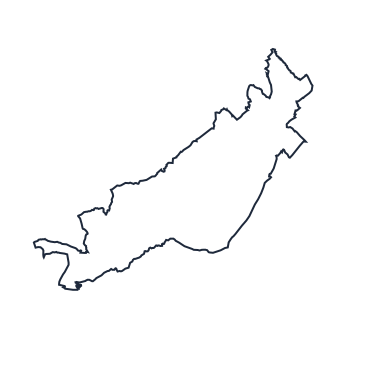 Valeni-Dambovita, Dâmbovita, Romania, rotated 53°
{"feature_id": "2599482B82900556797073", "entity_name": "Valeni-Dambovita", "entity_type": "district", "adm_level": 2, "iso_a3": "ROU", "parent_name": "Romania", "parent_adm1": "Dâmbovita", "projection": "mercator", "projection_center": [25.163, 45.163], "detail": "fine", "context": "isolated", "style": "outline", "palette": "slate", "viewbox_px": 384, "rotation_deg": 53, "n_neighbors": 0, "source": "geoboundaries", "source_scale": "gbopen_adm2", "svg_char_len": 6003}
<svg xmlns="http://www.w3.org/2000/svg" viewBox="0 0 384 384"><g transform="rotate(53 192 192)"><path d="M211.6,281.5L210.7,280.1L210.6,278.5L211.3,277.5L212.6,273.6L212.7,271.6L212.2,270.7L212.5,267.5L210.8,265.5L211.1,264.8L211.8,264.4L212.7,263.1L212.5,261.9L211.2,260.1L211.3,258.8L212.7,258.2L212.8,257.4L213.6,256.4L213.7,255.8L213.1,252.8L213.7,252.1L214.2,252.1L214.7,250.6L216.1,249.8L217.0,248.3L215.6,247.4L215.8,247.0L215.7,246.5L216.3,246.3L216.6,245.4L215.7,244.2L215.5,243.3L214.7,241.5L216.3,240.1L216.2,237.4L218.1,234.9L219.8,234.4L221.1,234.4L224.6,232.8L230.8,230.6L237.5,226.2L239.2,225.4L241.8,222.3L243.3,221.1L244.1,218.9L246.0,216.2L247.6,214.9L250.1,214.9L251.1,214.1L253.2,211.8L255.8,204.2L256.6,199.3L257.8,196.8L254.3,193.0L253.0,189.5L252.3,187.1L252.3,185.6L251.7,182.7L248.9,172.3L247.5,165.8L245.8,160.7L239.8,149.3L237.6,143.6L234.6,137.5L231.4,132.3L228.5,128.4L228.1,125.0L228.2,122.0L227.8,120.0L226.3,120.3L225.9,121.0L224.5,119.6L224.3,119.0L224.8,118.1L222.4,112.6L216.6,104.5L214.6,103.2L213.7,103.1L213.8,102.3L214.7,101.5L214.0,98.1L213.2,96.3L214.5,96.2L212.9,93.8L213.0,93.4L213.8,93.1L216.5,93.8L219.5,93.1L222.6,93.7L223.5,93.2L222.9,89.7L219.9,78.0L218.9,73.2L218.8,72.5L220.3,70.8L218.0,71.0L212.3,72.0L207.4,72.3L205.4,72.9L205.4,73.5L201.8,73.5L199.2,74.5L198.6,76.0L197.3,77.2L195.0,75.7L194.7,75.2L194.6,73.5L194.1,71.7L194.1,69.0L194.7,64.6L193.2,64.8L192.4,62.6L191.5,63.3L189.4,60.5L189.9,60.4L189.8,59.2L190.0,59.1L190.0,57.6L189.8,55.2L187.4,55.8L186.5,55.4L186.5,55.0L183.6,54.6L182.5,54.1L183.6,52.4L183.4,46.8L183.9,46.5L183.6,45.0L183.6,38.9L183.0,35.4L179.5,31.7L177.6,31.7L169.0,30.0L167.3,30.1L167.1,31.3L167.5,31.4L167.6,38.2L166.2,38.2L165.9,39.0L162.9,39.6L162.5,40.5L158.4,39.7L158.0,40.4L157.0,40.5L156.0,41.2L154.7,40.5L154.1,40.6L153.6,41.0L151.6,41.1L150.2,40.8L149.8,41.1L148.6,40.3L147.0,40.8L146.6,40.4L145.2,40.3L143.4,41.0L142.9,40.6L140.7,41.1L140.5,40.9L139.7,41.5L139.0,40.9L138.2,41.7L137.5,41.3L136.8,41.9L136.0,41.5L134.4,42.3L132.9,42.1L132.3,41.5L131.0,41.7L130.3,41.4L130.4,40.7L128.9,41.1L128.2,40.1L126.4,41.4L126.2,43.1L128.9,43.6L129.6,46.7L129.9,49.8L132.5,49.8L132.6,50.2L131.7,53.6L132.7,53.3L135.8,53.9L136.6,54.3L137.7,55.8L138.0,57.0L137.4,58.3L137.7,59.3L138.6,58.8L141.6,58.1L143.5,60.4L142.3,60.9L143.0,61.1L143.4,61.7L144.4,61.6L144.9,62.3L145.5,61.8L145.9,62.2L146.6,62.2L151.3,63.9L154.1,64.5L159.8,67.9L161.5,70.0L162.4,71.9L163.2,72.5L163.7,73.6L162.5,73.9L160.8,75.4L159.4,75.2L156.7,75.9L156.2,76.4L153.9,75.7L153.1,75.1L151.2,75.2L150.6,75.8L149.8,75.9L148.7,77.1L145.9,78.6L143.6,78.6L143.3,79.5L142.0,80.6L141.7,81.4L141.8,82.4L142.4,83.4L144.7,86.7L145.7,87.7L148.5,89.9L150.0,90.1L151.4,90.7L152.9,89.9L155.1,90.6L154.3,93.0L155.6,93.7L157.3,93.6L158.7,95.3L157.6,95.5L157.5,96.3L158.0,97.5L156.9,98.1L157.7,98.8L160.4,98.2L160.2,98.9L160.4,105.0L160.9,106.0L161.4,108.3L161.3,112.6L155.5,113.3L155.6,114.2L154.0,113.6L150.2,113.9L147.7,114.6L147.0,114.4L147.3,115.2L144.4,116.3L144.7,117.5L144.2,119.2L144.8,120.0L145.4,122.6L143.3,124.4L142.8,125.5L148.3,129.2L150.0,133.3L150.3,133.6L152.6,134.4L153.5,135.8L154.4,136.6L153.0,138.0L153.2,153.5L152.8,156.9L154.3,157.7L153.2,158.7L152.4,160.1L152.4,161.5L153.8,165.1L153.9,167.5L153.4,173.5L153.8,175.6L153.6,176.6L153.1,176.8L154.3,181.0L154.5,183.3L155.0,183.6L153.9,187.1L157.2,190.0L154.7,192.9L154.5,193.6L155.0,196.2L155.8,196.3L156.2,196.8L156.1,197.8L156.9,198.7L156.6,200.4L158.1,200.7L159.0,201.6L158.7,202.5L157.0,203.4L155.5,203.1L155.9,208.4L156.5,208.8L156.7,210.0L157.0,210.9L157.1,212.3L155.6,214.6L155.0,221.0L153.3,224.6L152.0,226.7L152.0,227.3L153.2,229.8L152.7,230.4L151.1,231.3L150.4,232.7L150.5,233.7L147.3,235.8L147.0,237.1L144.7,239.7L144.0,244.7L143.4,246.2L141.8,247.8L141.9,254.1L141.4,255.4L145.5,256.3L147.4,257.2L148.0,257.7L149.7,260.7L151.8,261.8L152.2,263.1L153.1,264.3L153.3,265.3L154.2,266.9L155.5,267.5L156.9,269.3L155.9,270.2L155.9,270.7L157.2,271.8L157.4,272.8L158.4,274.1L158.0,274.5L157.1,274.1L154.5,274.6L152.5,272.9L151.1,273.0L150.5,273.6L149.3,276.8L148.1,277.2L147.5,278.3L146.9,278.6L146.5,280.1L147.3,281.2L147.2,281.6L146.1,282.6L146.2,283.9L145.9,285.2L145.0,286.4L144.7,287.6L144.1,288.3L143.1,290.4L143.4,293.9L142.5,297.2L142.9,297.5L145.8,297.3L150.8,299.2L155.2,301.2L156.0,301.2L156.9,300.4L158.7,300.0L160.8,299.9L162.2,300.2L162.6,300.7L162.3,302.0L163.0,303.3L165.1,305.4L166.3,307.6L168.1,309.5L170.2,309.5L171.4,309.1L172.2,309.8L173.1,310.0L173.8,310.9L177.3,311.3L176.0,312.3L176.0,312.7L176.8,313.3L176.4,314.0L173.3,317.6L171.7,315.2L171.8,316.4L171.2,317.4L170.1,318.3L168.5,318.3L166.9,318.7L162.7,321.5L158.3,323.7L155.4,326.9L153.4,327.7L152.2,328.8L150.7,329.6L149.5,331.8L146.7,334.6L144.1,336.6L142.5,337.1L141.7,337.7L141.0,337.7L140.8,338.5L139.9,339.6L139.2,341.0L138.8,341.2L137.8,343.3L138.2,344.7L137.1,347.8L137.2,348.7L142.3,350.4L143.4,348.0L145.0,346.2L147.8,345.6L149.3,345.9L152.7,348.6L154.5,349.6L155.0,349.7L153.4,347.0L153.7,345.8L155.8,342.7L156.2,339.4L157.6,338.0L158.3,336.3L159.3,336.1L160.3,334.8L161.0,334.4L164.5,330.9L166.7,329.2L174.2,333.1L175.9,334.4L179.3,341.7L180.2,344.6L182.5,349.7L183.8,351.9L185.0,353.1L186.1,354.0L190.5,350.3L190.9,350.4L190.7,352.2L191.7,351.7L192.0,351.2L192.9,351.5L198.3,346.1L201.1,342.4L200.9,342.2L201.1,342.0L200.6,340.9L201.0,340.6L200.5,340.3L199.9,340.5L199.7,341.1L199.4,340.9L198.9,341.2L197.7,341.1L197.0,340.6L197.2,339.9L197.6,339.5L199.0,339.0L200.4,339.0L200.2,337.9L199.8,337.4L200.2,337.4L200.2,337.0L199.5,336.6L198.0,338.0L194.4,339.5L194.1,339.3L194.5,338.7L194.2,338.8L194.3,338.4L196.3,336.6L196.8,335.8L198.9,330.7L198.9,329.7L199.3,328.1L200.4,326.8L203.1,325.5L203.6,324.8L203.5,321.9L203.2,320.2L204.1,314.4L203.6,310.8L204.3,307.0L205.0,305.9L204.8,302.9L206.2,302.4L207.4,300.8L206.9,299.3L207.0,298.8L207.7,298.6L208.3,298.9L210.7,299.3L211.5,297.4L212.6,296.5L213.0,295.3L213.1,291.3L214.3,288.2L211.3,284.0L211.6,281.5Z" fill="none" stroke="#1e293b" stroke-width="2"/></g></svg>